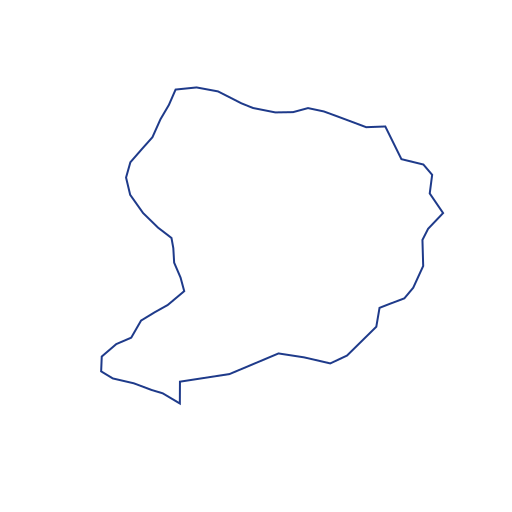 outline of Genagra, Cyprus, rotated 117°
{"feature_id": "46923920B92957944756443", "entity_name": "Genagra", "entity_type": "district", "adm_level": 2, "iso_a3": "CYP", "parent_name": "Cyprus", "parent_adm1": "", "projection": "albers", "projection_center": [33.696, 35.21], "detail": "fine", "context": "isolated", "style": "outline", "palette": "blue", "viewbox_px": 512, "rotation_deg": 117, "n_neighbors": 0, "source": "geoboundaries", "source_scale": "gbopen_adm2", "svg_char_len": 857}
<svg xmlns="http://www.w3.org/2000/svg" viewBox="0 0 512 512"><g transform="rotate(117 256 256)"><path d="M264.4,116.7L246.1,122.4L237.8,115.0L226.4,104.6L212.9,101.5L189.0,102.5L166.1,115.0L153.6,115.0L132.8,108.8L121.4,129.6L103.7,135.9L98.5,148.4L103.7,170.4L81.9,199.6L91.2,216.3L94.4,244.5L96.4,261.2L100.6,276.8L111.0,288.3L119.3,304.0L125.5,325.9L126.6,338.5L126.6,364.6L132.8,385.5L144.2,403.2L160.9,402.2L177.5,403.2L197.2,402.2L212.8,406.3L229.5,410.5L245.1,407.4L258.6,395.9L269.0,376.1L275.2,356.2L278.3,339.5L286.6,333.2L299.1,325.9L309.5,313.4L319.9,304.0L339.7,312.4L352.1,320.7L365.7,329.1L385.4,330.1L397.9,340.5L415.6,347.8L429.1,341.6L430.1,328.0L424.9,307.1L422.8,288.3L420.7,276.8L422.0,256.9L402.5,266.7L373.2,226.0L332.6,191.7L324.5,167.2L318.0,141.1L303.4,129.7L264.4,116.7Z" fill="none" stroke="#1e3a8a" stroke-width="2"/></g></svg>